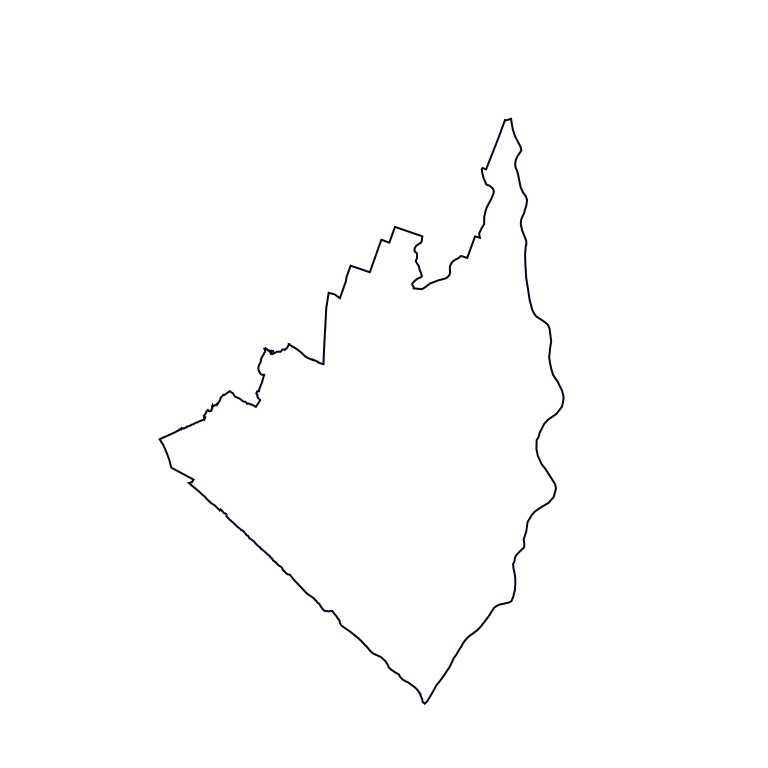 outline of Chilia Veche, Tulcea, Romania, rotated 108°
{"feature_id": "2599482B80107989575451", "entity_name": "Chilia Veche", "entity_type": "district", "adm_level": 2, "iso_a3": "ROU", "parent_name": "Romania", "parent_adm1": "Tulcea", "projection": "orthographic", "projection_center": [29.347, 45.324], "detail": "fine", "context": "isolated", "style": "outline", "palette": "ink", "viewbox_px": 768, "rotation_deg": 108, "n_neighbors": 0, "source": "geoboundaries", "source_scale": "gbopen_adm2", "svg_char_len": 6138}
<svg xmlns="http://www.w3.org/2000/svg" viewBox="0 0 768 768"><g transform="rotate(108 384 384)"><path d="M386.6,507.7L387.1,508.1L387.5,507.8L387.6,508.5L389.2,507.2L390.1,507.0L390.7,507.3L395.8,508.2L397.1,508.6L397.9,508.7L398.5,508.4L399.4,508.5L400.9,508.0L404.7,508.7L406.8,508.6L408.1,508.3L409.5,507.7L411.8,505.4L412.8,503.9L412.9,503.5L412.8,502.3L412.2,500.8L412.5,500.7L415.4,500.8L419.8,500.5L429.3,501.1L429.5,501.0L429.4,500.7L429.6,500.7L429.7,501.1L430.0,501.4L430.1,502.2L430.2,502.4L432.4,502.6L432.8,502.2L432.9,501.6L433.4,500.9L434.5,500.8L435.6,500.1L436.5,498.9L437.3,497.2L438.0,496.8L445.3,498.8L444.3,504.2L444.8,504.9L444.4,505.8L444.4,506.9L444.5,507.4L445.2,508.0L444.4,509.1L443.8,510.5L444.0,511.7L444.0,512.8L442.4,517.1L442.4,518.4L442.0,521.8L439.4,525.0L439.1,527.0L438.4,528.2L438.5,528.5L443.9,532.5L443.8,533.4L445.3,534.1L448.0,535.2L449.7,534.9L454.1,535.9L454.4,536.7L454.8,536.8L455.0,536.6L454.7,536.5L455.1,536.3L455.9,536.5L455.7,537.2L456.2,537.6L456.2,538.3L457.6,539.0L457.7,539.5L458.1,539.8L457.7,540.1L458.6,540.0L458.5,540.6L459.3,540.4L460.0,539.9L461.9,540.2L462.8,539.9L463.8,541.2L463.8,542.1L463.7,542.5L463.2,543.1L463.2,543.7L464.3,543.9L464.9,544.4L465.7,544.2L468.2,544.8L470.0,545.5L470.2,545.1L470.8,544.9L470.6,544.4L470.9,544.3L471.2,543.9L472.2,544.0L472.6,544.4L473.0,544.4L472.4,543.8L473.7,543.9L473.6,544.4L473.9,544.5L474.7,545.9L478.9,550.6L479.2,551.4L481.1,552.8L482.5,554.9L483.0,554.9L483.4,555.3L484.5,556.8L485.3,558.2L486.1,558.3L488.2,561.1L488.1,562.0L488.5,561.4L488.8,562.1L488.6,562.8L489.6,562.7L490.0,562.9L489.7,563.5L490.3,564.4L491.1,564.5L491.8,565.1L491.9,565.6L492.3,565.7L492.8,566.4L493.8,567.1L502.9,577.0L502.9,577.4L503.3,577.5L505.9,580.3L510.4,574.9L517.0,569.1L522.6,564.7L529.3,560.4L533.8,535.6L536.7,536.3L538.5,539.0L543.8,525.8L545.6,522.2L546.4,519.8L548.0,517.3L550.7,511.7L551.8,507.4L555.0,501.1L553.7,500.6L554.8,499.0L555.0,498.2L556.1,496.8L556.1,495.9L556.6,493.8L557.1,493.3L558.5,492.9L560.5,489.3L562.9,483.7L564.9,479.7L566.4,475.7L567.1,474.8L567.2,474.3L566.9,473.7L567.0,473.4L568.1,471.1L570.2,468.0L570.4,466.3L572.2,464.6L573.0,461.6L573.9,459.1L575.6,456.4L577.0,453.5L577.6,452.3L577.7,451.2L578.4,450.7L578.7,450.2L579.4,447.8L579.9,446.8L580.9,444.2L581.7,442.9L582.8,439.9L584.5,437.3L584.5,436.6L585.4,435.7L586.2,434.6L587.1,431.9L589.1,428.1L589.8,425.2L590.2,424.4L592.6,422.0L592.8,421.5L592.8,420.8L593.9,419.4L594.7,417.0L594.7,416.3L594.5,415.2L594.6,414.5L598.2,408.9L607.1,392.6L609.5,384.5L609.8,384.3L610.6,383.0L610.9,381.7L612.4,379.8L613.4,377.1L615.0,375.6L615.9,374.3L616.0,374.0L616.4,373.7L617.1,372.8L617.3,372.1L618.0,371.3L618.0,370.9L617.7,370.6L618.1,369.8L618.1,369.4L617.7,368.6L617.4,367.0L617.5,366.4L616.6,365.2L616.5,364.5L616.1,364.2L615.9,363.1L618.7,358.9L619.3,357.7L621.4,355.4L621.8,354.1L623.2,353.2L623.4,352.7L625.0,351.9L626.4,350.5L627.0,349.6L629.8,340.2L633.3,330.7L635.5,326.1L637.7,322.3L637.9,321.6L638.4,321.0L638.7,319.9L642.3,314.3L643.1,312.5L643.8,310.1L644.5,303.6L644.7,302.4L645.4,300.7L647.4,296.6L649.4,294.4L649.9,293.6L651.6,292.3L652.4,291.2L653.4,289.1L654.9,283.9L655.6,280.1L657.1,278.8L658.1,277.3L659.3,274.9L659.7,273.3L660.5,268.3L663.1,260.5L665.0,257.2L667.6,253.5L668.1,253.7L671.2,250.9L672.7,249.9L674.3,249.1L675.5,246.5L672.2,244.8L662.0,242.5L654.1,241.0L650.3,239.4L643.9,237.3L632.7,234.1L623.2,232.9L619.4,231.7L612.1,230.1L609.9,229.3L606.1,228.8L601.1,227.0L597.4,225.0L592.7,221.5L589.0,219.0L584.5,216.9L573.0,212.8L563.6,210.4L561.5,209.3L558.4,206.4L553.5,198.1L551.2,195.7L546.3,195.3L539.3,195.9L533.3,197.4L527.7,199.3L522.8,201.8L519.4,203.8L515.5,205.6L512.5,205.1L509.1,205.7L506.6,205.6L502.1,203.5L496.2,200.4L493.2,200.9L488.5,203.2L480.4,203.1L470.9,204.8L462.5,202.8L458.8,201.2L453.3,197.0L446.1,190.7L439.0,187.7L430.7,188.1L428.9,188.8L426.1,190.6L414.8,204.4L411.6,209.2L404.8,215.5L398.6,219.0L390.1,221.5L387.2,220.6L382.5,220.9L372.3,219.3L367.0,216.8L359.2,210.8L350.5,207.7L345.4,208.2L341.8,208.9L338.8,210.3L335.3,212.6L328.4,219.3L323.0,226.1L317.6,229.8L312.0,233.0L307.2,235.3L303.2,236.0L299.2,237.0L291.7,238.2L280.1,243.7L277.1,246.4L276.2,248.1L274.9,251.9L272.8,259.9L270.5,263.1L267.5,266.0L259.5,271.2L239.2,281.5L225.5,286.9L217.0,289.9L209.3,291.7L206.9,291.8L203.7,293.1L195.1,300.2L189.5,303.4L185.7,304.3L182.6,304.2L178.6,303.6L169.3,303.9L164.8,304.8L161.8,306.9L159.3,310.5L154.8,314.8L143.2,321.3L139.7,323.7L137.1,326.0L134.0,327.3L129.6,327.9L125.6,327.3L119.5,325.5L116.8,327.0L115.0,328.7L108.3,335.5L102.7,339.8L96.6,343.1L92.5,345.1L95.5,349.3L95.5,350.5L112.7,351.1L148.2,353.2L148.2,357.1L149.1,357.5L151.8,356.4L157.6,352.8L162.4,348.5L162.7,348.1L162.8,344.9L164.2,341.3L166.0,339.5L167.6,338.9L168.8,338.7L174.2,339.1L184.7,340.9L187.4,340.9L194.3,340.3L201.1,338.1L204.4,339.1L211.0,340.0L211.8,339.9L215.3,338.0L215.5,343.0L238.4,343.8L238.4,350.3L241.6,352.4L244.0,354.8L246.3,356.6L249.2,357.4L251.6,357.6L253.7,357.1L257.4,355.6L260.2,355.5L262.8,356.6L264.6,358.1L268.6,364.3L274.0,371.1L279.6,375.0L282.1,377.2L283.9,385.3L283.3,385.3L282.5,385.7L280.8,388.0L280.0,388.2L279.3,388.0L275.6,386.2L273.6,384.8L271.0,381.9L270.2,381.4L269.3,381.4L263.5,386.0L261.2,387.2L257.8,391.4L256.5,391.9L254.4,391.4L250.0,392.8L249.1,393.8L248.9,394.9L248.6,395.6L246.7,396.6L244.7,396.6L242.9,396.2L241.4,395.2L238.0,392.4L236.0,392.3L231.7,393.2L231.2,422.1L247.9,422.6L247.6,431.1L282.1,432.0L281.8,452.3L293.8,452.7L297.8,452.0L316.0,452.4L314.0,458.7L314.4,464.8L329.4,462.4L371.6,451.2L383.8,447.7L384.0,449.2L383.9,453.5L383.3,453.4L382.8,459.0L383.2,458.9L382.6,465.7L381.9,467.9L380.0,471.6L377.8,477.6L376.0,485.3L375.5,485.9L375.3,486.5L375.4,487.0L376.2,486.8L379.2,487.3L381.8,488.5L382.3,488.9L381.9,490.0L383.2,491.7L384.8,491.9L385.4,492.5L386.1,495.4L390.2,499.6L390.4,500.8L390.1,501.2L389.0,501.1L388.7,500.9L388.2,501.4L387.5,500.6L387.3,499.6L387.0,499.6L387.3,501.4L388.5,502.4L388.5,502.8L388.0,503.1L387.5,503.1L387.5,503.4L388.0,504.3L387.5,504.6L387.5,505.3L387.0,506.4L386.9,507.3L386.6,507.7Z" fill="none" stroke="#020617" stroke-width="2"/></g></svg>